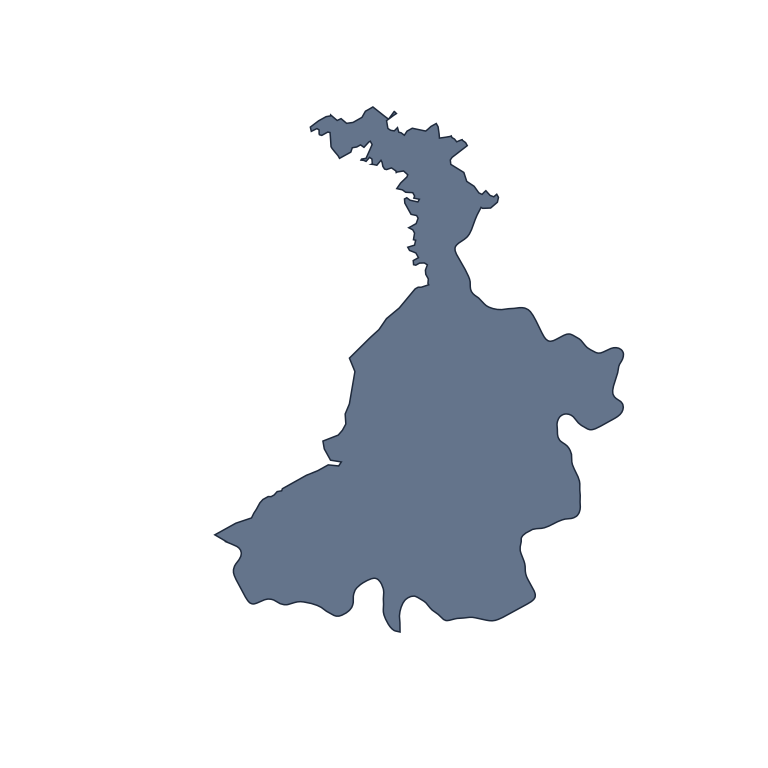 Comendador, La Estrelleta, Dominican Republic, rotated 61°
{"feature_id": "3306468B70878351440693", "entity_name": "Comendador", "entity_type": "district", "adm_level": 2, "iso_a3": "DOM", "parent_name": "Dominican Republic", "parent_adm1": "La Estrelleta", "projection": "robinson", "projection_center": [-71.739, 18.919], "detail": "fine", "context": "isolated", "style": "filled", "palette": "slate", "viewbox_px": 768, "rotation_deg": 61, "n_neighbors": 0, "source": "geoboundaries", "source_scale": "gbopen_adm2", "svg_char_len": 6159}
<svg xmlns="http://www.w3.org/2000/svg" viewBox="0 0 768 768"><g transform="rotate(61 384 384)"><path d="M278.1,212.7L278.8,211.4L281.8,205.4L281.3,203.0L280.0,196.7L276.3,193.4L272.7,193.4L273.5,197.2L270.5,199.8L264.3,201.2L264.7,203.0L265.7,206.3L262.8,208.4L254.8,209.3L246.9,213.4L237.7,211.6L224.3,219.1L220.2,217.4L218.8,214.6L215.9,195.6L212.4,195.6L208.6,197.4L208.2,197.2L208.0,197.8L207.4,203.0L203.9,203.6L201.4,205.1L199.6,204.9L199.6,206.0L198.1,210.3L195.8,216.3L192.1,214.6L185.3,212.0L181.5,212.0L181.5,218.0L182.5,222.2L183.0,224.9L176.0,233.0L174.4,234.8L174.0,235.3L174.0,241.3L174.4,242.0L176.3,245.6L172.5,247.3L171.0,249.0L166.3,247.9L167.6,252.3L165.3,255.2L162.4,256.7L154.9,254.1L154.6,251.6L150.7,253.4L136.3,259.4L136.4,263.6L136.4,265.5L136.4,268.0L140.1,274.0L140.2,284.3L137.9,290.3L131.1,292.9L130.8,297.2L122.8,300.2L123.6,300.7L122.1,305.0L122.1,313.6L123.6,323.9L127.8,325.1L128.1,318.8L130.3,317.6L133.8,319.5L134.7,319.6L136.4,317.9L136.4,311.0L137.9,309.3L141.7,311.0L147.0,313.5L150.8,315.3L153.0,315.2L157.1,314.5L162.1,313.5L165.1,313.5L165.1,300.6L162.0,297.2L163.5,292.9L163.5,289.3L163.5,288.6L167.3,286.8L166.9,285.6L165.0,280.0L165.0,278.3L168.8,278.3L172.2,282.7L177.9,290.3L176.4,294.6L177.0,295.6L178.6,293.3L180.6,291.8L178.8,286.7L181.4,285.5L185.8,287.5L185.7,288.5L186.9,286.8L189.2,284.2L186.9,278.2L189.2,278.2L193.1,279.5L196.3,279.3L197.7,277.8L198.6,272.7L203.4,270.3L205.0,270.8L205.0,269.6L207.2,263.6L212.5,261.8L214.0,263.5L216.3,272.1L219.3,278.1L223.1,273.8L226.8,272.1L230.6,266.1L234.4,266.1L235.9,267.8L239.6,263.5L241.2,266.1L239.7,267.8L235.9,272.1L232.1,273.8L232.1,274.3L232.2,275.2L232.1,275.6L232.1,276.4L235.9,278.1L248.7,278.1L252.5,273.8L255.5,273.8L259.3,278.1L259.3,286.6L263.1,284.1L266.8,284.1L272.1,288.3L273.6,286.6L277.4,290.0L277.2,290.7L275.9,296.9L279.6,296.9L282.7,294.3L284.9,292.6L290.2,292.6L290.2,298.6L294.0,300.3L294.5,299.7L295.5,298.6L295.5,294.3L297.7,290.0L300.8,288.3L304.5,292.6L308.3,294.3L313.6,294.3L317.3,296.8L318.9,296.8L317.4,304.6L315.9,307.2L315.9,310.6L317.3,314.3L324.9,333.8L328.0,350.1L334.0,362.1L336.4,372.3L337.1,375.0L344.6,401.7L359.0,403.4L384.6,423.9L387.3,427.3L391.4,432.5L400.5,436.8L404.3,442.8L406.5,448.8L404.3,465.1L411.8,467.7L424.7,467.7L431.5,459.1L433.7,463.4L431.8,466.1L427.7,472.0L427.7,484.0L426.2,496.1L426.3,523.6L427.8,525.3L426.3,529.6L427.8,533.9L427.8,537.3L426.3,539.9L426.3,545.9L427.8,550.2L431.6,556.2L433.9,560.5L436.9,564.8L433.9,581.1L433.9,605.1L445.4,598.3L445.4,598.7L449.6,595.3L454.8,591.4L457.1,590.4L459.7,590.0L462.3,590.6L463.4,591.2L465.3,592.8L467.4,596.0L469.5,600.8L470.8,603.0L472.6,604.9L473.6,605.8L476.0,607.1L478.9,607.8L483.3,608.2L503.3,608.5L507.5,608.2L510.1,607.6L511.2,606.9L512.3,606.0L513.0,605.0L513.5,603.8L514.0,601.3L514.8,593.1L515.6,590.3L516.2,589.1L517.6,587.0L519.4,585.2L525.8,581.3L528.5,578.5L529.8,576.3L530.3,575.0L531.8,568.1L532.6,565.3L533.9,562.5L535.7,559.9L540.7,554.0L545.2,549.8L548.9,547.2L554.9,544.5L562.1,540.0L563.9,538.3L565.2,535.9L565.8,532.9L565.9,528.1L565.4,524.9L565.0,523.4L563.8,520.6L562.1,518.5L560.2,516.8L554.7,513.7L552.8,512.1L550.2,509.1L549.0,506.4L548.0,501.8L547.7,498.6L547.7,493.8L548.2,489.4L549.1,486.7L550.0,485.5L551.2,484.5L552.4,483.9L555.1,483.3L557.9,483.2L562.2,483.8L563.7,484.2L566.2,485.3L571.7,488.8L576.5,491.2L580.8,493.9L583.1,495.1L586.0,496.0L590.4,496.6L596.3,496.7L599.2,496.4L601.9,495.8L604.4,494.7L605.4,493.9L608.7,490.2L600.5,485.8L594.4,483.0L590.8,480.4L587.6,477.3L584.9,473.8L583.5,471.1L583.0,469.7L582.6,466.9L582.8,464.1L583.1,462.8L584.2,460.3L585.1,459.4L587.0,458.0L593.3,454.4L595.8,453.4L602.4,452.2L605.0,451.5L611.8,448.3L618.8,446.1L620.8,444.6L621.5,443.6L622.4,441.3L623.7,436.2L624.5,433.7L627.3,427.7L629.5,422.4L631.0,419.7L632.9,417.3L640.1,409.1L642.0,406.7L643.6,404.1L644.7,401.2L645.3,398.0L645.7,393.2L645.9,365.1L645.7,360.5L645.1,357.7L644.5,356.4L643.7,355.2L642.6,354.4L641.5,353.8L640.2,353.4L637.6,353.0L624.6,352.9L621.7,352.7L618.8,352.1L616.3,351.2L611.8,348.9L609.3,348.0L606.7,347.4L598.6,346.3L595.9,345.7L594.7,345.1L592.4,343.8L588.4,340.4L585.7,338.9L584.9,338.1L583.8,336.0L583.1,332.1L583.2,324.5L584.4,320.9L586.6,316.2L587.5,313.4L588.2,308.7L588.6,298.9L589.2,294.2L589.9,291.2L592.4,285.4L593.0,282.8L593.0,280.0L592.7,278.6L591.5,276.2L590.7,275.2L588.9,273.4L586.7,271.9L582.2,269.7L576.6,266.4L571.7,264.2L566.2,261.1L563.6,260.1L559.3,259.3L550.3,258.8L545.9,258.3L543.2,257.5L536.4,254.1L532.5,253.4L529.8,253.4L527.2,253.8L524.8,254.7L521.7,256.3L519.5,257.3L518.2,257.6L515.6,257.6L514.3,257.4L512.0,256.6L507.6,254.3L504.1,252.7L502.9,252.1L500.9,250.5L499.2,248.5L498.5,247.3L497.9,246.1L497.6,244.6L497.5,243.2L497.6,241.7L498.0,240.3L498.6,239.0L500.1,237.0L502.1,235.4L504.5,234.3L512.2,232.9L515.8,231.5L522.0,227.8L523.8,226.1L524.5,224.9L525.0,223.6L525.6,220.8L525.9,214.7L525.9,198.5L525.7,195.4L525.1,192.3L524.0,189.7L522.4,187.6L520.4,186.0L517.9,185.1L516.7,185.0L514.2,185.4L509.2,188.0L506.9,188.7L504.3,188.7L503.1,188.4L500.5,187.1L497.1,184.3L487.5,174.2L482.4,170.1L480.9,168.3L479.1,165.1L477.7,163.1L476.0,161.4L473.9,160.0L472.6,159.6L471.3,159.5L470.0,159.6L468.7,160.0L466.5,161.3L464.8,163.3L463.6,165.6L462.9,168.4L462.3,176.8L461.9,179.4L460.8,181.8L459.1,183.5L454.1,186.8L450.7,188.6L448.2,189.3L441.5,190.5L439.1,191.4L432.8,195.2L430.9,196.7L430.1,197.7L429.5,198.9L429.0,200.2L428.6,203.1L428.4,212.1L428.2,214.9L427.4,217.6L426.6,218.7L425.5,219.7L423.1,220.7L420.4,221.1L416.0,221.1L402.2,220.4L396.2,220.4L391.7,220.9L389.0,221.8L386.8,223.3L385.8,224.1L384.2,226.2L382.9,228.6L380.9,233.6L378.6,238.4L376.0,245.0L373.7,248.8L370.8,252.2L367.5,255.1L365.0,256.6L362.4,257.5L354.7,259.5L350.4,261.6L348.1,262.4L345.5,262.7L343.0,262.3L340.8,261.4L336.4,259.1L333.7,258.3L330.8,257.9L323.3,257.5L305.7,257.7L302.0,257.2L299.7,256.1L298.8,255.3L298.1,254.2L297.6,253.0L297.0,250.5L296.4,243.6L295.9,240.8L295.5,239.4L294.2,236.6L291.5,232.7L284.3,224.4L281.4,220.7L276.6,213.5L278.1,212.7ZM154.6,251.6L153.7,245.1L153.5,242.0L150.7,242.8L150.6,243.0L154.6,251.6Z" fill="#64748b" stroke="#1e293b" stroke-width="1.5"/></g></svg>